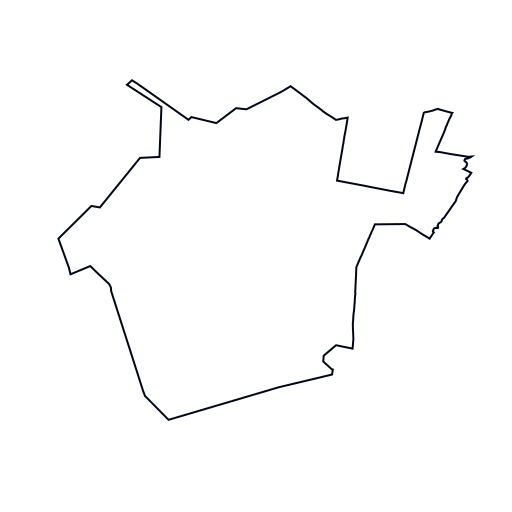 San José del Progreso, Oaxaca, Mexico, rotated 100°
{"feature_id": "50627088B45737045838114", "entity_name": "San José del Progreso", "entity_type": "district", "adm_level": 2, "iso_a3": "MEX", "parent_name": "Mexico", "parent_adm1": "Oaxaca", "projection": "natural_earth1", "projection_center": [-96.692, 16.675], "detail": "fine", "context": "isolated", "style": "outline", "palette": "ink", "viewbox_px": 512, "rotation_deg": 100, "n_neighbors": 0, "source": "geoboundaries", "source_scale": "gbopen_adm2", "svg_char_len": 4446}
<svg xmlns="http://www.w3.org/2000/svg" viewBox="0 0 512 512"><g transform="rotate(100 256 256)"><path d="M85.9,115.6L86.5,115.7L87.0,115.7L87.4,115.7L87.7,115.7L88.2,115.8L89.4,115.9L91.2,116.0L92.4,116.1L93.4,116.1L96.5,116.4L101.7,116.8L103.4,117.0L105.2,117.1L107.8,117.3L137.8,119.6L156.6,121.0L157.6,121.1L158.7,121.3L168.6,121.9L168.5,123.3L168.5,123.6L168.5,133.1L168.5,135.3L168.2,153.0L168.0,162.0L167.7,189.3L161.1,189.3L160.4,189.4L156.4,189.4L148.9,189.5L138.1,189.5L136.7,189.5L134.9,189.5L133.5,189.6L131.7,189.6L131.3,189.6L129.7,189.5L128.5,189.6L128.4,189.6L122.7,189.7L116.0,189.6L105.2,189.7L104.9,189.8L103.8,189.8L105.1,193.1L105.6,195.0L106.5,197.0L106.9,197.9L107.8,200.1L108.0,201.0L106.1,205.3L106.0,205.5L103.4,212.1L103.2,212.2L102.9,213.1L102.7,213.3L102.3,214.2L102.1,215.0L101.5,215.8L101.2,216.2L99.5,219.5L99.1,220.1L98.9,220.7L97.2,224.2L96.7,225.2L96.0,226.5L95.5,227.4L95.2,227.9L91.6,233.9L91.3,234.4L91.1,235.0L88.9,239.3L88.5,240.0L82.8,251.4L90.0,259.7L113.2,290.9L113.9,301.3L132.0,318.1L130.4,343.7L133.6,346.1L106.8,403.0L104.5,408.6L109.8,412.8L125.8,375.0L175.2,368.3L179.5,387.2L180.0,387.5L235.3,418.2L235.3,426.8L243.7,432.7L273.2,453.6L299.7,438.4L300.3,438.1L306.2,435.5L294.7,417.5L299.7,410.1L309.1,395.8L310.6,394.6L312.3,393.4L315.8,392.5L408.0,344.0L413.1,341.0L432.5,313.7L381.2,210.6L359.5,160.5L354.4,160.7L354.3,161.9L348.2,171.5L342.4,172.0L330.0,161.7L330.0,159.9L330.1,157.9L330.1,156.6L330.2,156.4L330.1,155.3L330.2,154.9L330.3,149.5L330.3,148.7L330.4,145.6L330.4,144.8L320.7,145.7L315.3,146.9L314.3,147.1L314.0,147.2L313.3,147.3L311.6,147.8L311.3,147.8L308.9,148.3L305.2,149.0L302.9,149.1L299.9,149.5L298.8,149.6L298.4,149.7L296.9,149.8L296.1,149.9L292.8,150.0L292.7,150.0L290.0,150.2L289.8,150.3L285.9,150.7L285.5,150.6L283.6,150.9L279.4,151.4L279.1,151.4L275.4,151.6L274.8,152.0L271.2,152.4L269.8,152.6L267.7,152.9L265.2,153.2L262.7,153.5L258.0,154.1L257.5,154.1L255.1,154.5L249.4,155.2L248.1,154.9L246.8,154.6L240.1,153.0L238.5,152.6L237.4,152.2L234.4,151.5L231.8,151.0L229.3,150.3L227.4,149.9L226.0,149.6L224.3,149.2L223.9,149.1L222.8,148.9L222.2,148.7L221.1,148.5L220.5,148.4L219.0,148.0L218.8,147.8L217.2,147.5L216.6,147.4L216.4,147.4L215.2,147.1L214.4,146.8L214.0,146.7L213.9,146.7L211.5,146.2L211.1,146.0L208.1,145.3L205.1,144.6L204.2,144.4L198.6,114.5L200.0,110.9L201.7,105.9L201.7,105.7L202.7,102.8L203.3,101.5L206.3,94.6L206.5,93.9L206.7,93.1L206.9,92.6L207.1,92.2L208.8,88.0L207.7,87.6L207.0,87.3L206.1,86.9L205.7,86.7L205.3,86.5L202.1,85.1L201.9,85.0L201.8,85.3L201.6,85.7L201.0,86.1L200.7,86.2L200.0,85.9L199.6,85.9L198.6,85.7L197.9,85.4L197.4,84.5L197.2,84.1L197.2,83.7L197.2,83.1L197.1,82.4L196.9,81.9L196.6,81.6L196.2,81.6L195.9,81.6L195.7,81.8L195.5,82.2L195.3,82.4L195.0,82.5L194.7,82.4L194.4,82.3L194.1,82.2L193.7,82.1L193.1,82.1L192.5,81.9L192.0,81.5L191.5,81.1L191.1,80.7L190.9,80.2L190.7,80.0L190.5,79.8L190.3,79.6L189.9,79.4L189.6,79.3L189.2,79.3L188.8,79.3L188.4,79.2L187.9,79.0L187.5,78.9L187.0,78.7L186.7,78.4L186.3,78.1L186.1,77.8L186.0,77.7L185.9,77.6L185.5,77.3L184.5,76.9L175.3,72.6L174.6,72.3L173.1,71.6L172.4,71.3L171.7,71.0L171.3,70.7L170.7,70.5L170.1,70.2L169.1,69.7L168.4,69.4L167.9,69.1L167.5,68.9L162.9,68.2L162.3,67.9L161.8,67.8L161.5,67.7L161.2,67.5L160.9,67.4L160.3,67.2L160.0,67.1L159.2,66.8L159.0,66.7L157.6,66.2L157.3,66.0L157.0,65.9L156.6,65.8L156.3,65.7L155.9,65.5L155.2,65.3L154.7,65.0L154.4,64.9L153.9,64.7L152.9,64.4L151.7,63.9L151.1,63.7L150.7,63.5L150.0,63.2L149.6,63.0L148.8,62.6L148.7,62.6L148.0,62.2L147.6,62.0L147.0,61.6L146.8,61.5L146.4,61.3L146.1,61.1L145.8,60.9L145.7,60.8L144.9,60.8L144.1,61.4L143.6,62.5L143.0,62.4L142.6,62.1L142.2,61.5L141.9,61.1L141.5,60.7L140.6,60.2L139.7,59.7L137.7,58.8L136.7,58.4L134.3,66.9L133.0,65.4L131.7,64.6L130.2,64.2L129.8,64.1L128.2,64.4L127.8,64.6L127.2,65.2L126.0,67.3L125.5,67.3L125.0,67.2L124.4,67.0L124.1,66.7L123.9,66.5L123.1,64.3L122.4,63.2L121.8,62.2L120.9,61.2L120.7,61.0L120.6,60.9L121.4,63.8L121.5,66.3L121.8,81.8L121.8,84.1L121.7,92.5L122.1,97.2L116.1,95.8L110.9,94.6L109.4,94.2L102.4,92.5L97.9,91.6L97.5,91.7L95.3,91.2L94.1,90.8L93.0,90.6L91.8,90.4L90.7,90.1L89.8,89.9L88.1,89.5L86.9,89.2L85.1,88.6L84.0,88.2L82.8,88.1L82.0,88.0L81.5,87.8L81.4,87.7L81.0,87.5L80.9,89.1L80.7,91.7L80.4,95.3L80.2,97.0L80.0,99.1L79.8,101.2L79.5,102.2L80.7,104.9L82.0,107.0L82.8,108.7L83.6,110.6L84.4,112.5L84.9,114.1L85.4,115.1L85.9,115.6Z" fill="none" stroke="#020617" stroke-width="2"/></g></svg>